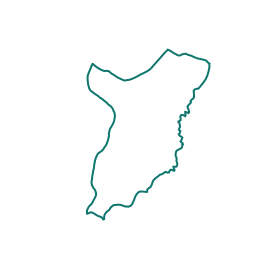 the district of Karluway #1, Maryland, Liberia, rotated 117°
{"feature_id": "62588387B21181915979204", "entity_name": "Karluway #1", "entity_type": "district", "adm_level": 2, "iso_a3": "LBR", "parent_name": "Liberia", "parent_adm1": "Maryland", "projection": "albers", "projection_center": [-7.745, 4.792], "detail": "fine", "context": "isolated", "style": "outline", "palette": "teal", "viewbox_px": 256, "rotation_deg": 117, "n_neighbors": 0, "source": "geoboundaries", "source_scale": "gbopen_adm2", "svg_char_len": 3627}
<svg xmlns="http://www.w3.org/2000/svg" viewBox="0 0 256 256"><g transform="rotate(117 128 128)"><path d="M40.1,128.1L45.2,129.7L50.1,130.9L52.1,131.4L57.3,132.8L61.4,133.8L63.9,134.4L66.9,135.6L68.7,136.7L70.3,137.8L70.6,138.0L72.7,139.6L74.0,140.6L75.7,141.8L78.0,143.3L81.2,145.7L83.7,148.0L84.2,148.4L85.9,150.8L87.4,152.8L87.5,155.5L87.7,160.1L87.2,164.0L87.0,167.2L86.5,169.2L86.1,170.9L86.5,172.3L86.6,172.6L88.0,175.1L88.1,175.7L88.1,176.0L88.3,177.4L88.3,179.9L88.3,180.5L88.1,182.6L87.7,184.9L87.2,187.2L86.9,188.2L87.0,188.7L87.5,188.7L88.2,188.7L92.8,188.3L97.7,188.0L100.7,187.3L103.6,185.7L105.6,184.4L107.0,183.5L108.9,181.8L110.5,180.4L111.9,177.8L112.3,174.9L112.6,173.5L112.9,170.5L112.9,169.8L113.1,169.1L113.7,166.8L113.9,164.2L113.9,163.8L114.4,162.2L114.9,159.3L115.4,157.6L116.0,156.3L116.2,154.6L116.7,152.5L117.5,151.0L118.3,149.7L119.6,148.4L120.2,147.3L121.8,146.0L123.0,145.2L124.3,144.7L126.0,144.2L127.8,143.6L128.5,143.5L129.6,143.4L132.6,143.3L134.9,143.5L137.3,143.6L138.9,143.2L141.2,142.7L143.8,141.3L144.5,141.1L145.3,141.0L146.9,140.5L149.5,140.1L152.6,139.7L155.9,140.2L158.2,140.4L160.8,141.2L162.5,142.2L164.5,143.2L168.4,143.2L172.0,142.6L176.3,141.3L179.2,140.2L182.9,139.3L185.2,138.5L187.7,137.8L189.8,136.8L192.6,136.1L193.9,135.2L195.5,134.0L196.3,132.6L197.2,131.6L197.8,130.0L199.0,128.3L200.5,126.9L201.8,126.2L203.8,125.8L205.8,125.8L207.8,125.9L209.6,125.9L211.6,125.9L214.0,126.6L215.9,127.2L218.6,127.2L220.5,127.0L221.8,126.1L222.9,125.8L223.5,126.1L222.4,124.9L220.2,123.1L219.6,121.7L219.7,118.9L220.0,114.9L219.5,111.1L220.4,109.0L220.7,108.4L220.1,107.9L218.2,108.8L215.8,109.5L212.4,109.0L209.4,107.5L206.5,107.3L206.1,107.1L203.4,105.9L203.1,105.5L201.9,103.7L200.5,101.4L199.7,99.0L199.5,96.9L199.3,95.3L199.1,94.8L198.0,92.0L197.1,91.2L196.4,90.5L196.1,90.4L193.8,89.7L193.1,89.8L189.8,89.9L187.5,90.2L185.5,90.4L182.7,90.2L180.3,89.4L179.1,88.3L178.5,87.2L178.1,86.4L177.3,84.4L177.0,83.7L176.4,82.1L174.8,82.4L173.9,82.9L172.0,82.1L170.6,81.2L167.8,81.1L163.5,81.7L160.5,80.8L158.7,79.9L158.0,79.5L155.4,78.5L154.4,77.6L153.8,76.8L152.5,76.0L150.9,75.3L150.0,74.6L150.0,73.2L149.4,71.9L148.8,71.2L147.7,71.4L146.6,71.4L145.8,70.9L145.4,70.2L145.4,69.4L145.4,68.5L145.1,67.4L144.5,67.4L143.6,68.1L142.7,69.3L141.9,69.9L141.5,69.1L141.0,68.3L140.6,67.5L139.6,67.3L139.0,67.3L137.4,67.8L135.6,69.7L133.1,70.8L131.9,72.0L131.1,72.9L130.8,73.2L129.6,73.7L127.6,74.4L127.3,74.4L126.7,74.3L126.1,74.3L124.3,73.2L123.9,72.9L122.4,71.7L120.7,71.1L119.6,71.4L119.1,71.5L118.4,72.1L118.1,71.9L117.5,71.6L116.7,72.7L116.6,73.8L116.2,75.0L114.6,74.9L112.9,75.1L111.9,75.2L111.5,76.5L111.5,78.0L111.1,79.1L110.5,80.0L109.7,79.6L108.5,79.6L108.3,79.6L106.9,80.0L106.9,80.9L106.4,82.0L105.1,82.1L103.8,82.1L102.5,82.6L102.3,82.8L101.5,83.6L101.3,83.7L100.4,84.2L100.2,85.0L100.1,85.5L99.2,86.0L98.3,85.2L97.1,84.7L96.1,85.2L94.4,86.3L94.1,86.6L92.2,86.5L91.5,84.8L91.5,82.4L90.4,82.5L89.8,82.9L89.5,83.2L89.3,83.4L88.9,83.7L87.7,84.3L87.3,82.5L87.3,80.9L86.9,80.8L86.1,80.7L85.9,80.7L84.4,82.2L83.2,83.4L82.9,83.9L81.9,84.8L81.5,84.7L80.2,84.5L77.9,83.8L76.6,83.5L76.4,83.7L75.6,84.5L74.3,84.3L71.5,83.1L70.3,83.3L68.3,84.4L66.4,85.5L65.0,86.4L63.3,86.0L61.7,84.4L61.3,83.8L61.0,83.2L59.6,82.8L53.5,81.5L49.1,80.9L45.4,81.1L41.1,81.9L38.3,82.7L36.7,83.0L35.0,84.2L33.9,84.5L33.6,84.6L33.3,86.8L32.5,88.7L32.6,90.7L33.4,93.7L34.2,96.5L34.5,98.4L34.8,100.8L34.9,103.9L35.0,105.4L35.3,106.4L35.6,107.6L35.5,109.9L36.3,111.3L37.8,113.2L39.1,114.1L40.1,115.0L40.6,116.6L40.5,119.1L40.4,122.5L40.0,125.1L40.1,127.5L40.1,128.1Z" fill="none" stroke="#0f766e" stroke-width="2"/></g></svg>